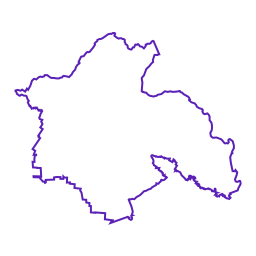 Tepetzintla, Veracruz, Mexico (Albers equal-area conic projection)
{"feature_id": "50627088B67284311995984", "entity_name": "Tepetzintla", "entity_type": "district", "adm_level": 2, "iso_a3": "MEX", "parent_name": "Mexico", "parent_adm1": "Veracruz", "projection": "albers", "projection_center": [-97.847, 21.151], "detail": "fine", "context": "isolated", "style": "outline", "palette": "violet", "viewbox_px": 256, "rotation_deg": 0, "n_neighbors": 0, "source": "geoboundaries", "source_scale": "gbopen_adm2", "svg_char_len": 5834}
<svg xmlns="http://www.w3.org/2000/svg" viewBox="0 0 256 256"><path d="M159.2,54.3L153.6,41.2L152.9,40.9L151.8,41.5L150.5,43.3L149.4,43.8L147.3,43.7L146.5,44.7L145.7,44.7L145.6,46.2L143.9,48.4L141.9,46.7L140.1,46.4L138.3,44.2L137.6,44.2L137.1,44.8L135.3,44.6L134.1,47.3L132.9,47.3L131.5,49.5L130.2,49.4L128.2,48.4L127.7,47.4L127.6,45.8L127.0,45.0L125.6,44.2L125.4,43.1L124.7,42.1L124.8,40.0L124.3,39.5L123.4,39.0L122.5,39.0L121.7,38.4L120.0,38.2L118.8,38.6L117.5,38.1L114.5,35.9L114.4,35.4L115.1,34.1L115.1,33.5L114.4,33.0L113.0,33.0L111.5,33.9L110.5,33.7L108.2,34.2L103.0,37.9L101.1,38.9L99.6,39.0L97.4,39.9L97.2,41.1L95.1,42.8L94.6,43.6L95.0,44.7L93.3,47.4L89.6,51.9L88.3,52.2L87.4,52.0L86.5,52.5L83.7,56.1L81.1,56.7L78.6,61.8L78.7,62.3L79.5,62.7L79.5,63.3L77.4,64.9L75.9,67.3L75.2,69.6L72.9,72.1L71.7,74.4L69.0,77.1L67.2,76.5L63.6,75.9L63.0,76.2L62.1,77.4L60.0,77.8L59.5,78.3L58.7,78.4L56.2,78.4L54.3,78.0L51.4,77.9L50.1,77.3L47.2,75.1L44.7,75.1L44.5,75.9L44.0,76.4L42.1,77.0L40.3,76.6L38.6,77.3L36.4,79.4L34.0,78.8L32.0,80.7L30.3,85.8L28.1,89.8L26.9,88.6L25.2,91.6L22.1,89.6L20.6,90.7L17.6,89.9L15.5,90.5L15.4,90.9L16.2,91.8L17.0,93.9L19.4,95.7L20.1,95.6L21.2,94.7L22.0,94.7L23.8,95.6L25.8,95.7L26.5,96.1L27.5,99.1L28.8,100.9L27.8,102.3L29.6,106.2L30.3,105.9L31.7,108.7L33.6,107.8L33.8,108.3L35.1,107.6L35.6,108.4L36.8,107.6L38.5,110.5L39.8,109.9L40.2,110.8L41.6,110.1L42.2,111.1L40.3,114.4L40.1,115.9L39.4,117.1L39.3,118.2L39.7,118.9L42.3,119.9L41.2,121.7L42.5,124.0L40.3,127.5L42.7,129.1L38.3,135.7L39.1,136.2L38.6,137.0L40.1,138.1L32.6,149.1L35.2,150.8L33.7,154.8L36.1,154.7L36.1,155.2L34.9,155.2L34.4,158.8L34.5,161.9L32.6,161.8L33.0,167.4L37.0,167.7L37.0,167.9L40.7,168.0L41.2,176.4L33.5,176.2L33.6,177.2L40.8,177.4L40.3,178.6L40.6,178.9L42.9,181.6L44.2,181.5L45.0,182.9L45.8,182.4L45.8,179.9L54.1,179.6L54.1,177.4L56.5,177.0L60.5,177.1L60.4,178.8L63.3,178.9L63.4,176.5L64.4,177.6L67.1,177.6L66.9,182.6L69.9,182.4L69.8,183.7L74.7,184.2L74.5,188.0L80.7,188.7L80.2,190.5L81.5,192.6L82.7,199.5L86.2,199.8L86.3,202.5L89.4,203.0L89.4,206.0L90.9,206.1L90.9,212.4L95.3,212.8L95.3,212.4L105.2,213.2L104.9,219.3L112.8,220.3L112.3,221.6L111.1,222.0L110.5,223.0L127.8,216.8L129.2,217.7L128.7,218.3L129.3,219.0L130.9,219.9L131.5,219.6L132.1,218.8L131.8,217.1L131.2,215.9L131.5,215.4L132.4,215.2L131.8,214.9L132.8,211.8L131.5,206.6L128.7,199.7L129.2,199.2L130.8,199.4L132.2,198.8L134.3,199.2L136.6,197.0L140.1,195.1L144.1,191.2L146.0,190.8L148.6,189.4L150.7,188.8L151.8,187.5L156.2,184.9L156.4,183.3L158.0,183.8L158.5,183.7L159.4,182.4L160.7,181.5L161.1,180.0L161.6,179.8L162.5,180.3L164.2,179.9L166.8,177.5L166.4,176.9L164.8,176.4L164.7,175.2L164.0,175.8L163.1,175.4L163.3,175.0L163.1,174.2L162.4,173.7L162.7,172.8L162.2,172.5L162.0,172.0L160.8,171.5L161.0,171.2L160.3,170.7L158.7,170.1L158.6,169.9L159.3,168.0L156.3,168.1L156.9,167.3L156.8,167.1L156.6,167.3L155.8,166.9L155.5,166.1L153.9,165.2L153.8,164.5L152.8,163.0L153.5,162.1L153.4,160.2L152.5,158.2L151.7,157.3L151.3,155.9L152.0,155.2L152.8,155.3L154.5,156.1L155.8,156.2L155.9,156.6L156.5,156.5L157.9,157.0L159.4,156.7L159.7,157.0L160.8,157.0L161.2,156.3L164.4,158.4L164.6,157.7L167.2,158.7L169.8,158.6L169.2,160.3L172.4,162.1L173.5,159.4L174.8,160.5L174.5,161.3L176.5,162.7L175.7,164.5L177.0,165.6L174.8,169.1L175.5,169.6L175.2,170.7L176.1,170.1L176.6,171.2L177.5,170.9L180.3,172.4L181.7,175.4L184.9,178.4L185.7,179.8L186.5,180.0L187.6,179.1L187.8,180.0L189.1,179.1L188.9,178.6L189.2,178.1L189.6,178.3L189.0,176.6L189.3,175.8L190.3,175.7L191.1,176.1L191.1,178.0L191.8,177.0L193.1,176.7L193.1,177.2L193.8,176.7L194.4,177.0L195.2,177.7L195.3,178.3L194.5,178.4L193.5,179.2L193.6,179.7L194.3,179.8L194.1,180.5L195.3,181.4L196.5,181.6L196.0,182.0L196.2,182.5L195.7,183.3L196.1,183.5L196.9,184.7L196.7,183.2L196.9,183.2L198.1,183.7L197.8,184.2L198.3,184.1L198.7,184.3L198.4,184.8L199.2,185.2L199.0,185.7L198.1,185.7L198.1,185.9L200.1,186.6L200.4,187.0L200.1,187.7L200.9,188.3L202.1,187.7L203.3,188.7L203.8,188.2L204.3,188.5L204.1,189.0L205.1,189.3L208.2,188.5L208.3,188.8L209.0,188.7L209.4,189.2L210.3,189.2L211.6,190.0L212.2,190.5L212.1,191.2L214.0,191.4L214.4,191.1L214.8,188.8L215.3,188.8L215.6,189.5L215.5,192.1L217.0,192.6L216.0,192.8L216.0,193.7L215.4,194.5L216.6,194.3L216.7,194.6L216.1,195.2L216.2,196.1L217.2,196.6L218.7,196.0L219.2,196.3L219.5,195.2L222.2,193.9L222.9,194.4L223.2,195.2L222.5,195.6L223.0,196.1L224.2,195.3L224.7,195.5L225.2,196.5L224.8,197.2L227.1,198.5L228.0,198.4L229.2,199.0L230.5,197.7L228.9,195.9L229.2,195.1L230.6,194.3L230.0,193.3L237.7,190.4L238.4,188.1L240.5,184.2L240.6,183.3L240.3,181.3L240.0,181.0L239.2,180.9L237.7,181.8L236.5,181.8L235.8,181.4L235.4,180.8L235.0,179.4L236.7,174.9L237.2,172.3L235.5,170.1L235.0,171.3L232.6,171.1L230.8,162.5L230.2,157.1L231.6,153.5L232.4,153.3L232.4,152.9L231.9,152.5L232.2,151.3L233.9,148.1L233.9,145.5L232.7,141.2L229.9,139.1L229.3,139.2L228.5,139.7L228.3,140.6L228.8,142.2L227.9,143.4L226.6,143.1L225.0,143.4L224.1,142.7L222.3,140.4L220.9,139.2L216.5,137.5L213.0,137.8L211.5,136.8L210.9,136.0L210.6,134.9L210.4,132.6L211.6,130.6L211.9,129.1L212.0,126.9L211.8,124.3L211.4,122.7L209.6,120.2L209.6,116.9L209.3,115.8L208.1,114.0L207.3,113.4L205.0,114.2L203.8,113.8L202.9,112.7L202.4,111.2L202.8,110.6L202.6,109.6L201.7,108.9L199.2,108.2L196.8,106.7L196.3,105.2L194.7,103.4L191.2,102.2L189.9,100.8L189.2,100.5L189.1,99.9L189.9,99.5L189.1,97.8L188.0,96.6L183.6,94.2L182.1,92.6L180.4,92.1L179.9,91.1L179.3,91.0L177.9,91.4L174.6,91.8L172.1,91.8L170.5,91.3L167.8,91.9L164.9,91.3L161.3,94.1L158.4,94.6L157.6,94.9L156.9,95.6L153.5,96.5L149.6,95.7L147.5,94.2L146.3,92.7L144.2,92.4L143.4,91.8L142.6,92.0L141.7,91.1L142.4,82.7L141.7,78.3L142.0,77.6L144.0,75.3L146.3,69.0L149.2,66.3L151.5,63.4L153.1,62.0L152.9,60.0L154.4,55.1L155.0,54.9L157.6,55.0L158.2,54.4L159.2,54.3Z" fill="none" stroke="#5b21b6" stroke-width="2"/></svg>